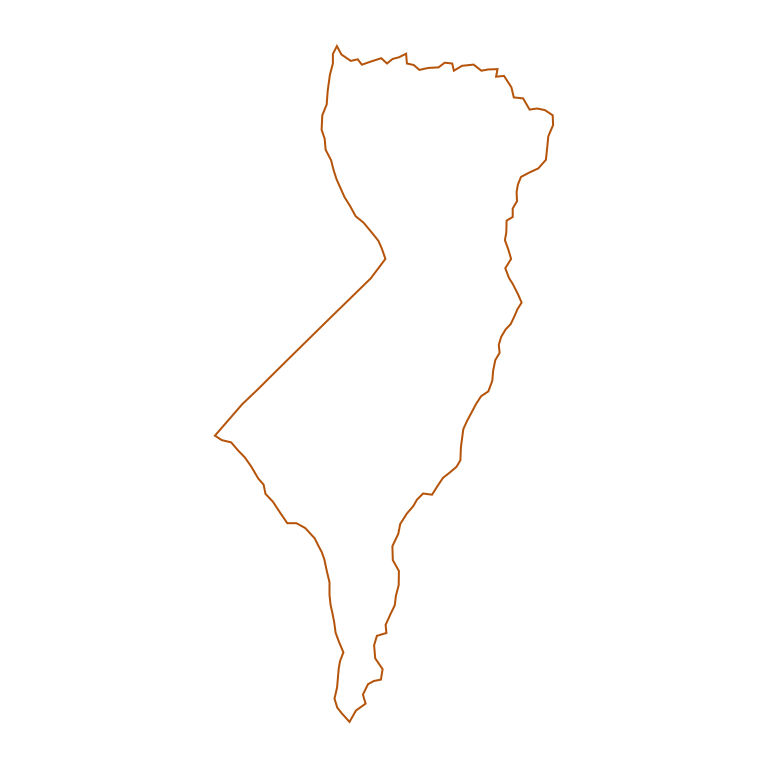 Ribeirão dos Índios, São Paulo, Brazil
{"feature_id": "56859067B88412336093281", "entity_name": "Ribeirão dos Índios", "entity_type": "district", "adm_level": 2, "iso_a3": "BRA", "parent_name": "Brazil", "parent_adm1": "São Paulo", "projection": "natural_earth1", "projection_center": [-51.581, -21.806], "detail": "fine", "context": "isolated", "style": "outline", "palette": "amber", "viewbox_px": 768, "rotation_deg": 0, "n_neighbors": 0, "source": "geoboundaries", "source_scale": "gbopen_adm2", "svg_char_len": 2109}
<svg xmlns="http://www.w3.org/2000/svg" viewBox="0 0 768 768"><path d="M336.9,46.1L332.9,54.0L332.9,63.5L329.9,74.8L327.7,90.9L326.7,104.4L322.3,115.3L321.6,129.8L324.7,138.8L325.6,149.7L331.1,160.3L333.6,170.1L336.6,179.4L340.4,187.9L344.5,197.1L350.3,206.4L355.6,216.2L363.6,222.7L373.7,234.9L378.5,241.0L381.9,248.8L385.4,258.9L370.8,278.3L337.6,310.7L330.5,317.6L288.8,358.6L270.5,376.7L265.4,381.8L258.6,388.6L242.3,404.1L214.9,435.7L221.8,440.1L231.2,442.4L238.1,450.5L244.9,457.5L251.4,466.8L258.3,478.6L263.6,484.6L265.5,493.9L272.9,501.7L280.4,513.1L287.3,523.2L296.4,523.2L305.3,528.1L314.8,538.5L318.2,545.4L321.9,552.4L324.4,559.7L326.7,570.6L329.5,582.3L329.5,594.9L330.6,605.2L332.5,613.5L334.3,622.9L335.6,632.7L338.7,641.2L343.4,652.4L340.1,660.9L338.7,668.7L338.0,676.7L337.1,687.3L334.5,698.7L337.3,707.7L342.1,713.7L349.5,721.9L356.0,710.5L365.6,703.6L362.9,694.6L368.0,684.2L373.8,681.0L380.9,679.6L382.6,669.2L375.2,658.3L374.1,645.3L376.9,635.8L386.4,633.0L385.6,624.9L390.4,614.3L394.8,605.2L395.9,595.8L398.7,585.1L398.9,571.0L392.8,560.1L392.4,546.2L398.3,533.8L400.2,524.0L406.9,513.5L413.3,506.1L417.0,499.6L423.1,493.5L432.0,494.7L437.4,486.2L443.0,477.8L449.8,472.5L456.5,466.8L460.4,460.3L460.9,447.3L463.3,429.2L467.0,421.0L471.5,412.6L476.1,403.9L481.1,396.2L488.3,391.4L492.3,380.8L493.1,371.0L495.3,360.1L499.6,352.9L498.8,344.8L501.2,336.8L505.7,329.3L510.7,324.1L514.6,315.9L517.5,309.1L521.6,302.6L518.3,294.9L512.8,284.0L509.0,278.0L505.3,268.2L511.1,258.9L508.1,248.8L504.9,240.2L506.3,232.5L506.6,220.6L512.7,217.0L512.7,208.5L517.0,201.2L516.6,191.9L517.9,184.6L521.0,176.9L528.8,172.8L538.3,168.4L545.9,159.8L547.2,147.7L548.3,136.3L553.1,125.1L552.7,115.3L544.9,110.1L537.0,108.5L529.6,109.6L523.1,98.4L513.8,97.4L511.4,87.3L504.0,75.9L496.1,76.7L497.5,69.1L487.9,69.5L481.4,70.7L473.6,64.6L462.0,65.8L453.9,70.7L452.2,63.5L444.7,62.7L438.5,67.4L428.5,67.9L419.4,69.9L413.7,65.0L406.9,63.5L406.1,53.7L398.9,57.3L392.5,59.0L387.0,63.5L381.3,58.2L370.4,61.7L361.9,64.7L357.7,59.3L350.8,60.9L341.4,54.5L336.9,46.1Z" fill="none" stroke="#b45309" stroke-width="2"/></svg>